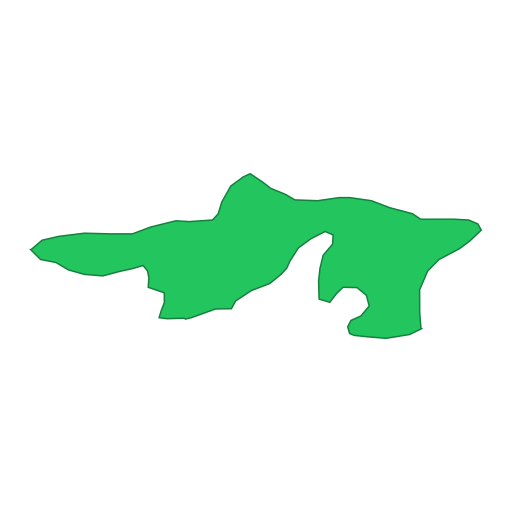 Osby, Skåne, Sweden (Equal Earth projection)
{"feature_id": "70781695B63851832202754", "entity_name": "Osby", "entity_type": "district", "adm_level": 2, "iso_a3": "SWE", "parent_name": "Sweden", "parent_adm1": "Skåne", "projection": "equal_earth", "projection_center": [14.155, 56.44], "detail": "fine", "context": "isolated", "style": "filled", "palette": "green", "viewbox_px": 512, "rotation_deg": 0, "n_neighbors": 0, "source": "geoboundaries", "source_scale": "gbopen_adm2", "svg_char_len": 1239}
<svg xmlns="http://www.w3.org/2000/svg" viewBox="0 0 512 512"><path d="M185.5,319.1L191.5,317.6L203.2,313.4L215.4,309.0L231.4,308.7L235.6,301.0L251.5,290.5L269.8,283.5L281.1,274.3L286.7,268.3L290.0,261.0L298.4,247.9L311.0,238.7L325.1,231.5L333.1,234.9L332.6,244.1L323.2,255.2L320.0,268.3L318.6,280.7L319.1,299.1L329.8,302.3L336.4,293.7L343.0,287.3L357.0,287.6L366.4,295.3L369.2,306.1L360.8,316.0L351.0,320.4L347.7,326.8L349.6,333.5L354.3,335.4L366.5,336.7L384.5,338.2L386.2,338.3L409.6,334.5L421.7,328.6L420.9,327.9L419.7,312.3L419.6,289.8L427.6,271.1L439.0,259.5L459.6,248.6L469.9,240.9L481.3,230.1L480.5,228.7L477.8,223.9L468.7,220.0L453.8,219.2L420.6,219.2L412.6,213.8L389.7,207.7L371.4,200.7L349.7,197.6L339.4,197.6L317.7,200.7L294.8,199.9L285.7,194.5L270.8,188.4L262.8,182.2L250.2,173.7L243.4,176.8L230.8,186.0L221.7,202.2L218.2,213.8L212.5,220.0L189.6,221.6L175.9,220.8L150.7,227.0L132.4,233.9L111.8,233.9L84.4,233.2L59.2,236.3L42.1,240.2L31.1,249.6L30.7,249.6L40.6,259.5L56.0,262.5L68.4,269.9L84.5,274.4L102.8,275.9L119.7,271.4L132.9,268.5L143.1,265.5L147.5,270.9L148.9,277.9L148.2,287.3L164.3,292.8L164.3,302.7L161.4,310.2L159.1,317.7L167.2,318.7L184.1,318.2L185.5,319.1Z" fill="#22c55e" stroke="#15803d" stroke-width="1.5"/></svg>